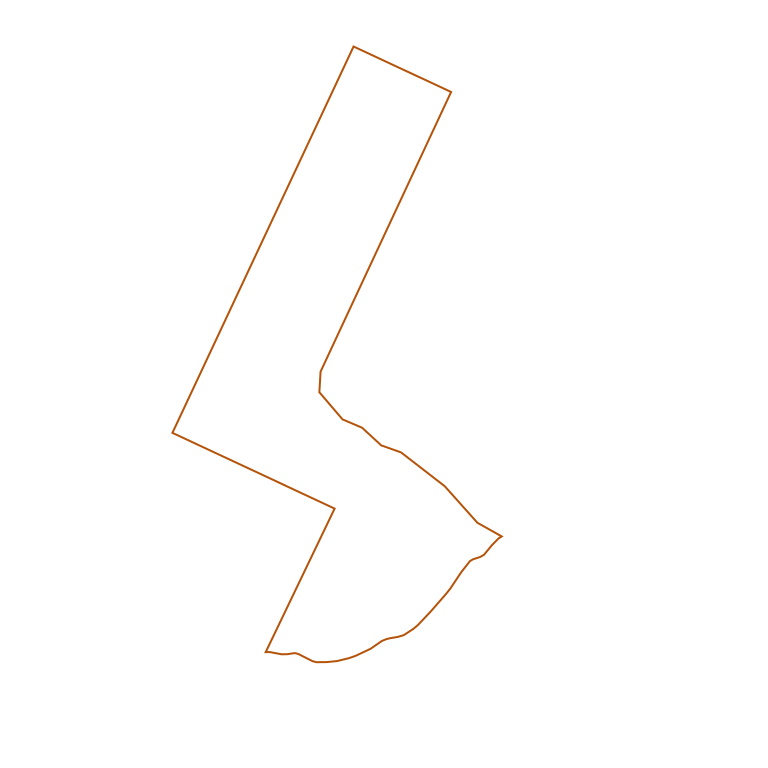 Pepin, Wisconsin, United States of America (Mercator projection), rotated 295°
{"feature_id": "52423323B37553919302719", "entity_name": "Pepin", "entity_type": "district", "adm_level": 2, "iso_a3": "USA", "parent_name": "United States of America", "parent_adm1": "Wisconsin", "projection": "mercator", "projection_center": [-92.145, 44.546], "detail": "fine", "context": "isolated", "style": "outline", "palette": "amber", "viewbox_px": 768, "rotation_deg": 295, "n_neighbors": 0, "source": "geoboundaries", "source_scale": "gbopen_adm2", "svg_char_len": 714}
<svg xmlns="http://www.w3.org/2000/svg" viewBox="0 0 768 768"><g transform="rotate(295 384 384)"><path d="M677.0,213.8L250.3,212.9L250.2,391.9L91.0,390.1L92.8,393.8L95.7,405.2L98.2,410.5L102.1,416.3L102.6,417.7L103.1,420.4L102.6,436.3L103.3,440.3L107.8,449.7L113.1,458.6L120.8,468.2L125.7,473.2L138.3,483.7L150.1,490.6L153.7,493.9L156.3,497.1L160.4,503.1L164.7,508.0L174.7,514.2L179.9,516.6L197.3,522.4L219.4,528.8L226.3,530.5L246.4,533.6L259.7,536.7L262.7,538.7L267.8,544.2L271.5,546.8L283.5,549.9L292.5,553.1L295.6,555.1L297.7,527.3L317.0,482.3L329.2,428.4L327.2,407.4L335.1,382.7L334.4,361.4L349.2,328.9L368.4,321.3L463.4,321.3L677.0,321.4L677.0,213.8Z" fill="none" stroke="#b45309" stroke-width="2"/></g></svg>